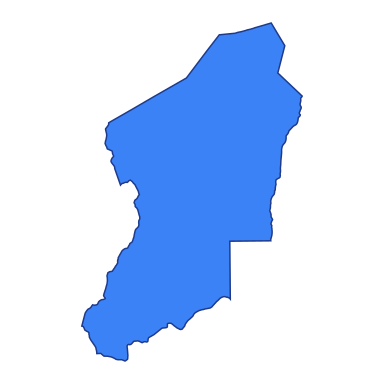 the district of Koas Krala, Batdâmbâng, Cambodia
{"feature_id": "14789045B77023093134849", "entity_name": "Koas Krala", "entity_type": "district", "adm_level": 2, "iso_a3": "KHM", "parent_name": "Cambodia", "parent_adm1": "Batdâmbâng", "projection": "natural_earth1", "projection_center": [103.147, 12.673], "detail": "fine", "context": "isolated", "style": "filled", "palette": "blue", "viewbox_px": 384, "rotation_deg": 0, "n_neighbors": 0, "source": "geoboundaries", "source_scale": "gbopen_adm2", "svg_char_len": 6064}
<svg xmlns="http://www.w3.org/2000/svg" viewBox="0 0 384 384"><path d="M108.7,122.8L108.6,124.6L107.7,126.1L105.6,128.8L105.6,129.7L106.2,132.2L106.6,133.8L106.7,135.4L106.5,137.3L106.3,138.0L106.1,139.4L105.6,140.7L105.3,142.3L105.1,143.6L106.1,145.9L106.8,147.1L107.0,148.1L107.3,148.9L111.2,150.6L111.7,150.8L112.1,151.1L112.3,151.8L112.5,153.3L112.7,154.0L113.3,155.3L113.6,155.9L113.6,156.3L112.9,157.2L112.3,157.8L111.4,159.5L111.1,160.4L111.0,161.3L111.3,162.2L112.1,163.4L112.5,163.9L113.6,165.3L114.5,166.6L114.6,167.2L114.7,168.1L114.7,168.5L120.5,185.1L121.0,184.5L121.3,184.1L121.9,183.7L122.2,183.5L122.7,183.3L123.4,183.2L124.8,182.5L125.6,182.3L126.3,182.3L126.7,182.3L127.1,182.4L127.7,182.1L128.0,181.8L128.6,180.9L130.4,180.1L132.1,181.5L132.6,182.0L133.1,182.8L133.6,183.4L134.3,184.0L134.8,184.4L138.2,191.0L138.6,192.5L138.8,193.4L139.3,194.5L139.0,195.0L138.7,195.3L138.4,195.8L137.1,198.4L136.6,198.9L136.1,199.3L135.3,199.8L134.8,200.4L134.6,201.0L134.4,201.7L134.2,202.1L134.1,202.6L134.2,203.0L135.0,204.3L135.2,205.1L135.2,206.5L135.5,206.9L136.7,207.9L137.4,209.1L137.7,209.7L138.1,210.9L139.4,215.9L139.7,216.5L139.8,218.7L139.6,219.3L138.9,220.5L138.7,222.1L138.7,223.0L138.9,224.1L138.8,225.2L138.7,225.9L138.4,226.6L138.1,227.0L137.6,227.5L137.1,228.1L136.2,228.9L135.5,229.8L135.0,231.3L134.9,232.0L134.6,233.1L134.1,235.6L134.1,236.4L133.3,238.6L133.1,239.4L132.8,240.4L132.2,241.8L131.9,242.2L129.9,243.5L129.6,244.5L128.6,246.0L127.8,247.8L127.4,248.1L126.5,248.4L125.9,248.4L124.4,248.9L123.2,249.9L122.6,250.2L121.9,251.1L120.7,253.3L119.6,255.1L119.3,255.8L118.3,257.5L118.2,257.9L118.1,259.7L117.7,259.9L117.6,260.3L117.7,260.8L117.6,261.6L117.7,262.9L116.3,265.3L115.4,266.3L115.0,267.2L114.5,268.0L113.5,269.3L113.0,270.2L112.2,271.3L109.7,271.7L108.4,272.4L107.8,272.9L107.7,273.4L107.3,274.8L107.1,275.3L107.0,275.8L107.0,276.2L107.2,277.2L107.3,278.0L107.4,280.9L107.2,282.5L107.0,284.0L106.3,286.2L105.8,288.3L104.2,293.2L103.6,295.4L103.7,295.8L104.1,296.7L105.2,298.0L105.3,298.5L104.6,299.0L103.7,299.4L102.5,299.6L102.0,299.6L101.4,299.8L100.6,300.2L99.6,300.9L98.6,301.9L98.3,302.5L97.8,303.8L97.2,304.5L96.4,304.9L94.4,305.2L93.6,305.1L93.2,305.0L92.7,304.8L92.0,305.6L91.3,306.7L90.7,307.6L89.6,308.4L88.8,308.8L88.3,309.0L87.5,309.7L87.2,310.2L86.5,311.0L85.3,312.9L84.9,314.2L81.8,326.1L82.7,326.3L83.2,326.5L83.6,327.2L84.2,328.2L84.4,329.1L85.0,330.2L87.0,331.4L88.3,332.0L89.0,332.9L88.9,334.0L89.0,334.6L89.3,335.5L89.3,336.3L89.4,337.3L90.8,340.0L95.0,346.1L95.8,347.5L96.1,348.8L96.2,349.6L96.5,350.4L96.6,351.4L96.7,351.9L96.8,352.8L96.8,353.6L99.5,353.5L100.1,353.4L100.9,353.5L102.2,354.6L103.3,355.6L103.6,355.9L104.2,356.1L104.6,356.1L105.0,356.2L106.1,356.2L107.6,356.2L108.9,356.5L110.7,356.8L111.3,356.9L112.4,357.4L113.3,357.8L114.4,358.3L115.8,359.2L116.3,359.4L117.9,359.7L121.4,359.7L122.1,359.8L123.5,360.4L124.2,360.7L125.0,361.0L125.7,360.7L127.5,359.3L127.7,358.5L127.8,356.1L127.9,355.3L127.8,354.5L127.5,350.4L127.3,348.2L127.1,347.0L127.1,346.4L127.2,345.8L127.4,345.4L127.7,344.9L128.0,344.7L128.7,344.4L129.6,344.7L130.1,344.6L130.8,344.4L131.8,343.6L133.8,341.3L134.2,341.2L135.9,341.1L137.5,340.9L138.1,340.9L139.7,341.5L142.1,342.7L142.8,342.4L143.5,341.9L144.7,341.7L145.2,341.7L146.7,342.0L147.1,341.9L147.5,341.7L147.9,341.2L148.1,339.2L148.3,338.4L148.6,337.8L148.9,337.5L149.3,337.3L154.0,334.6L162.1,328.1L165.9,327.7L166.6,327.5L167.0,327.3L167.3,326.9L167.4,326.2L167.4,323.9L167.7,323.6L168.1,323.4L168.9,323.2L169.5,323.2L170.2,323.2L171.5,323.5L173.9,325.5L174.4,326.0L175.1,326.4L176.8,327.8L178.7,328.7L179.4,329.2L180.7,329.5L181.6,329.3L182.2,329.1L182.5,328.8L183.1,327.9L183.7,327.3L184.7,326.0L185.2,324.4L185.6,323.7L187.3,321.3L187.9,320.6L189.0,319.6L189.6,319.2L190.7,318.2L191.2,317.7L191.8,317.2L192.8,316.2L193.3,315.4L193.6,314.6L194.5,313.4L195.9,312.3L198.6,310.8L200.0,310.3L202.0,309.7L203.5,309.5L204.2,309.2L205.7,308.8L207.7,308.5L209.0,308.2L209.7,308.1L210.4,307.9L211.1,307.4L211.8,307.0L212.3,306.4L213.2,305.3L214.2,304.3L214.7,303.6L215.3,303.1L216.8,301.3L217.4,301.0L220.0,298.4L220.7,297.8L221.3,297.6L222.1,297.1L222.7,297.0L223.4,296.7L224.7,296.6L225.3,296.7L226.0,297.0L226.8,297.2L227.2,297.1L228.0,297.5L229.1,297.9L229.5,298.2L230.3,299.1L229.8,241.2L270.8,240.8L270.7,240.3L270.8,239.0L271.0,238.6L271.1,237.9L271.6,236.4L271.9,234.9L272.1,233.0L272.1,231.2L271.9,228.5L271.8,227.8L271.6,227.2L271.7,226.4L271.8,225.5L271.4,224.8L271.0,224.2L271.0,223.3L271.4,222.7L271.4,221.9L271.7,221.4L272.0,220.6L272.5,220.0L272.6,219.5L271.4,217.4L271.1,216.7L271.0,215.7L271.1,215.1L271.0,214.2L270.4,212.3L269.9,211.2L269.8,210.2L270.4,208.1L270.5,205.5L270.5,204.7L270.9,203.4L270.8,202.6L270.8,201.7L270.7,200.9L271.2,198.9L272.1,196.8L273.4,195.2L274.1,194.4L274.4,193.3L274.6,192.3L274.7,191.9L274.5,191.0L275.0,190.5L275.2,189.7L275.3,188.9L275.3,187.9L275.6,185.7L276.0,184.6L275.7,182.0L275.9,180.4L276.2,179.7L276.7,179.3L278.0,178.5L279.3,177.9L280.0,177.2L280.3,175.4L280.1,174.0L280.4,172.3L280.5,171.9L280.5,170.1L280.4,169.0L280.4,168.0L280.7,164.9L280.9,160.4L281.4,155.3L281.5,153.8L281.6,152.9L281.6,150.9L281.6,149.5L281.9,147.7L282.3,146.3L283.0,144.9L284.7,142.9L285.2,142.1L285.5,141.4L285.8,140.4L286.1,138.9L286.1,137.9L286.1,136.3L286.2,135.7L286.5,135.4L287.9,133.6L288.3,132.8L289.1,130.6L290.1,129.7L290.9,128.8L292.0,127.6L292.4,127.2L293.0,126.5L294.0,125.8L295.4,125.0L296.2,124.5L297.1,123.2L297.6,121.8L297.9,120.7L298.0,119.9L298.1,119.1L298.2,118.2L298.3,117.7L299.9,116.0L300.2,115.4L300.3,114.8L299.8,114.4L299.5,113.8L299.3,113.1L299.4,112.4L300.0,111.2L300.3,109.9L300.9,109.0L301.1,108.3L301.2,107.5L301.0,106.6L300.2,105.3L300.1,104.8L300.1,103.9L300.7,101.3L300.8,100.6L300.7,98.7L300.8,98.0L301.8,96.9L302.2,96.1L277.8,73.0L284.8,45.7L271.2,23.0L254.7,27.8L253.5,28.3L250.1,29.3L247.3,29.9L245.3,30.6L241.2,31.7L239.7,32.0L238.0,32.3L235.0,33.3L234.6,33.3L219.3,34.8L207.0,50.7L186.4,78.0L155.3,95.8L132.5,109.1L110.9,121.5L108.7,122.8Z" fill="#3b82f6" stroke="#1e3a8a" stroke-width="1.5"/></svg>